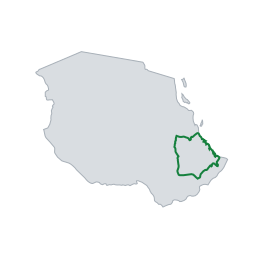 United Republic of Tanzania, with Lindi highlighted, rotated 337°
{"feature_id": "TZA-3387", "entity_name": "Lindi", "entity_type": "Region", "adm_level": 1, "iso_a3": "TZA", "parent_name": "United Republic of Tanzania", "parent_adm1": "", "projection": "natural_earth1", "projection_center": [38.938, -9.38], "detail": "fine", "context": "in_parent", "style": "outline", "palette": "green", "viewbox_px": 256, "rotation_deg": 337, "n_neighbors": 0, "source": "natural_earth", "source_scale": "10m", "svg_char_len": 7102}
<svg xmlns="http://www.w3.org/2000/svg" viewBox="0 0 256 256"><g transform="rotate(337 128 128)"><path d="M100.1,178.4L97.8,177.0L95.7,176.2L94.0,175.2L93.2,174.3L91.6,173.9L90.2,173.8L88.9,172.9L86.2,172.6L85.9,172.0L85.9,170.7L85.4,170.4L84.4,170.1L83.4,170.1L82.7,170.3L82.4,170.2L81.5,169.4L80.7,168.5L80.4,167.0L79.1,166.0L77.7,165.2L73.8,165.3L73.2,165.0L72.3,164.3L71.2,163.0L70.3,161.5L69.5,159.6L68.7,156.9L64.2,146.2L63.7,144.2L62.8,142.0L61.4,139.2L59.9,137.2L57.8,135.4L55.5,133.5L54.2,132.3L51.8,127.3L51.3,124.9L50.9,122.5L51.0,121.5L52.5,118.4L52.7,117.5L52.5,116.3L51.7,113.8L50.8,110.8L48.8,105.3L48.6,103.9L48.6,102.8L49.7,97.2L49.7,96.4L54.2,96.6L57.4,94.1L60.3,90.4L60.8,88.9L62.0,86.5L63.1,85.4L63.6,84.6L64.2,82.2L65.7,80.6L67.2,79.4L66.9,78.5L67.1,78.2L67.9,77.6L69.4,77.0L69.7,75.8L69.7,74.4L69.5,73.6L69.5,72.7L69.3,72.2L68.3,72.1L66.8,71.4L65.5,71.1L64.6,70.7L64.3,70.4L64.2,69.6L64.9,67.4L64.2,66.6L65.7,63.0L66.0,62.6L66.6,62.5L67.5,62.1L68.3,62.0L69.0,62.1L69.5,62.0L69.9,61.6L70.3,60.3L70.6,58.3L70.4,56.7L69.8,55.4L69.6,53.5L69.9,50.9L69.7,48.7L69.0,47.0L68.2,46.0L67.1,45.5L65.3,42.9L64.8,41.6L64.9,40.8L65.5,40.5L66.6,40.6L67.7,40.3L68.7,39.6L69.6,39.4L70.1,39.5L114.9,39.5L167.3,73.2L167.5,73.6L167.9,76.6L167.8,77.5L167.0,79.2L166.8,80.1L166.8,80.7L167.0,80.9L167.7,81.0L168.2,81.4L168.5,81.7L168.9,83.0L169.5,83.6L189.4,100.2L189.8,100.5L189.5,101.9L188.4,105.2L188.3,106.6L187.9,108.3L187.5,109.4L186.3,114.1L185.4,115.9L184.1,120.1L183.9,123.2L184.6,125.5L184.8,127.6L186.4,129.6L187.6,130.3L188.4,131.3L189.9,133.4L190.7,135.6L193.4,136.6L194.4,139.0L194.0,140.7L192.8,142.0L191.7,144.3L190.8,147.2L190.7,151.6L191.3,151.0L192.7,152.1L192.9,155.3L191.5,159.2L191.0,161.0L191.0,162.5L192.0,167.1L193.6,169.4L193.5,170.1L193.1,170.8L195.8,174.9L195.5,178.5L196.5,181.3L197.0,183.7L197.7,185.5L197.8,186.8L197.0,188.2L198.9,188.6L200.1,189.8L200.6,190.9L202.0,190.8L202.8,191.6L203.9,192.2L206.4,194.1L207.0,195.0L207.4,195.9L200.7,201.8L198.2,203.3L196.5,204.0L194.6,204.4L192.9,205.4L191.2,206.8L189.1,207.6L186.5,207.6L183.7,208.6L179.4,211.6L176.9,209.9L174.9,209.4L172.7,209.5L171.3,209.7L170.8,210.0L170.4,211.1L170.0,212.8L168.5,214.4L165.9,216.0L163.5,216.6L161.3,216.2L159.9,215.5L159.1,214.6L157.9,214.2L156.4,214.2L155.0,214.9L153.6,216.1L151.4,216.6L148.4,216.5L146.8,215.9L146.5,214.9L145.2,213.7L142.8,212.3L141.0,212.3L139.9,213.6L138.8,214.4L137.9,214.8L137.0,214.8L135.8,214.4L132.4,214.3L129.3,214.4L128.9,212.5L128.3,211.3L127.7,210.6L126.6,210.4L126.3,209.9L125.9,208.7L125.4,207.7L124.7,206.9L124.3,206.1L124.1,205.4L124.2,204.6L124.9,202.7L125.1,201.4L125.0,200.0L124.6,198.6L123.9,196.9L124.0,196.5L123.7,195.3L123.7,194.5L123.8,193.5L123.7,192.2L123.0,189.5L123.0,188.7L122.3,187.4L120.2,184.2L120.1,183.8L116.8,180.6L115.4,179.9L115.0,180.5L114.8,181.0L114.9,182.1L114.9,182.6L114.7,182.8L113.9,182.8L113.4,182.7L112.2,181.8L111.2,181.6L108.8,181.7L107.9,181.9L107.3,181.8L106.0,180.3L104.5,180.0L103.1,179.9L100.9,178.2L100.1,178.4ZM193.7,125.0L194.8,128.5L194.7,129.1L193.9,129.5L193.5,129.6L193.0,129.0L192.7,127.8L192.1,128.1L191.1,126.7L190.1,126.6L189.2,124.9L189.6,123.5L189.4,120.9L190.4,119.7L191.0,117.5L191.7,119.0L191.9,121.3L192.8,124.0L193.7,125.0ZM199.0,104.0L199.1,104.8L198.9,105.6L198.9,108.1L198.8,109.8L198.0,112.1L197.3,112.9L196.7,112.6L196.2,112.3L195.9,111.6L196.6,107.4L196.3,104.3L197.8,104.6L199.0,104.0ZM196.8,154.8L196.0,155.0L195.7,154.8L195.2,154.1L196.1,153.5L196.8,152.4L198.7,150.7L199.6,149.4L199.4,150.7L198.4,153.5L197.5,153.7L196.8,154.8Z" fill="#d9dde1" stroke="#a8b0b8" stroke-width="1"/><path d="M190.7,160.4L190.8,160.7L190.9,161.1L191.0,161.6L191.0,162.1L190.9,163.0L191.0,163.5L191.4,164.1L191.6,164.5L191.7,164.9L191.8,165.3L191.8,166.6L191.7,167.0L192.2,167.1L192.3,167.2L192.3,167.4L192.4,167.5L192.5,167.5L192.8,167.6L192.9,167.9L193.0,168.2L193.1,168.5L193.4,168.7L193.6,168.8L193.7,169.1L193.9,169.6L194.0,169.9L194.4,170.3L194.5,170.4L194.3,170.5L194.2,170.5L194.0,170.4L193.8,170.2L193.5,169.9L193.3,169.5L193.0,169.4L192.8,169.4L192.6,169.5L192.2,170.0L192.4,170.1L193.2,170.0L193.1,170.3L193.0,170.5L193.4,170.6L193.6,170.7L193.6,170.9L193.6,171.2L193.5,171.6L193.7,171.8L193.7,172.2L193.7,172.3L193.7,172.5L193.8,172.5L193.8,172.8L193.7,172.9L193.7,173.0L193.8,173.5L193.7,173.7L193.9,173.7L194.2,173.6L194.4,173.4L194.6,173.2L194.9,173.5L195.6,174.3L195.8,174.8L195.9,175.3L195.6,175.9L195.6,176.0L195.8,176.2L195.9,176.4L195.9,176.6L195.8,176.9L195.8,177.0L195.8,177.6L195.8,177.8L195.6,178.1L195.4,178.3L195.1,178.3L194.9,178.3L194.7,178.4L194.7,178.5L194.7,178.8L194.7,179.1L194.8,179.0L195.0,179.0L195.3,179.0L195.3,178.8L195.4,178.7L195.5,178.8L195.7,179.0L195.9,179.1L195.9,179.4L195.9,179.5L196.0,179.7L196.3,180.1L196.4,180.4L196.6,181.3L196.8,181.5L197.0,181.7L196.9,181.8L196.8,182.0L196.9,182.3L197.1,182.5L197.1,183.1L197.3,183.4L197.1,183.5L196.9,183.6L196.6,183.9L196.6,184.0L197.2,184.1L197.3,184.1L197.5,184.6L197.6,184.8L197.8,185.0L198.0,185.3L198.1,185.8L198.0,186.1L197.7,186.3L197.3,186.2L197.5,186.5L197.9,186.8L197.9,187.0L197.7,187.1L197.2,187.3L196.8,187.4L196.8,187.6L197.0,188.1L196.9,188.4L196.8,188.6L196.7,188.8L196.5,189.0L196.8,188.9L197.5,188.0L197.8,188.0L198.0,188.1L198.4,188.1L198.7,188.4L198.9,188.5L199.1,188.4L199.3,188.5L199.6,188.8L200.5,190.4L200.5,191.2L200.1,191.5L199.6,192.0L197.3,193.5L196.7,193.7L196.3,194.3L196.2,195.0L196.0,195.6L196.0,196.0L196.3,196.4L196.4,197.0L196.1,197.6L195.6,198.1L195.0,197.7L194.6,196.6L194.4,196.4L194.2,196.1L193.7,194.6L192.6,193.8L192.3,193.8L191.9,193.9L191.6,194.3L191.1,194.6L190.7,194.5L190.5,194.9L190.4,195.6L189.7,195.8L189.6,195.3L189.5,194.8L189.0,194.7L188.4,195.0L187.2,195.7L186.6,196.0L185.5,196.6L185.1,196.9L184.8,197.2L183.8,197.3L183.3,197.1L182.9,196.8L182.4,196.8L181.9,197.0L180.7,197.1L176.9,198.9L176.0,200.0L175.3,201.2L174.8,201.6L172.3,201.8L171.6,200.3L171.3,199.8L171.1,199.4L170.9,198.6L170.5,197.9L170.4,197.5L170.2,197.2L169.9,196.5L169.5,196.1L169.1,195.9L168.4,195.3L160.5,193.1L157.1,191.6L156.4,190.9L156.4,189.7L156.4,188.5L156.5,187.5L156.8,186.6L158.0,185.3L159.1,184.0L159.7,182.9L160.0,182.0L160.2,181.0L161.3,177.0L161.6,176.5L161.7,176.0L161.8,175.0L162.5,174.3L163.3,174.0L163.4,173.4L163.0,172.7L163.1,171.7L162.7,170.6L162.7,170.0L162.5,168.5L162.6,168.1L163.2,166.6L163.6,165.3L163.6,165.0L163.6,164.6L163.5,164.4L163.3,163.9L163.4,163.4L163.7,163.0L164.0,162.7L164.2,162.3L164.6,161.4L164.9,161.0L165.0,160.9L165.3,160.8L165.4,160.7L165.4,160.4L165.7,160.1L165.8,159.6L166.3,158.7L166.6,158.5L166.9,158.4L167.1,158.3L167.2,158.0L167.2,157.7L167.4,157.5L167.7,157.0L167.8,156.9L167.8,156.6L167.9,156.4L168.0,156.3L168.1,156.2L168.4,155.6L168.5,155.4L168.8,155.2L169.1,154.9L169.3,154.7L169.5,154.3L169.6,154.2L171.6,156.0L172.3,156.5L174.0,157.2L175.7,157.6L176.5,158.1L177.8,159.4L178.5,159.9L179.6,161.1L179.8,162.7L180.0,163.3L180.8,163.4L181.5,162.9L181.8,162.0L182.2,161.3L183.2,161.0L183.4,161.1L183.6,161.4L183.8,161.5L184.7,161.3L186.5,160.6L189.2,159.9L190.0,159.9L190.5,160.3L190.7,160.4Z" fill="none" stroke="#15803d" stroke-width="2"/></g></svg>